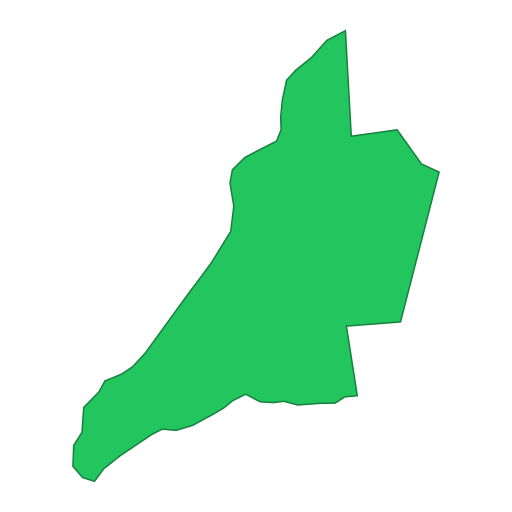 outline of Bernardino Batista, Paraíba, Brazil
{"feature_id": "56859067B48691162320269", "entity_name": "Bernardino Batista", "entity_type": "district", "adm_level": 2, "iso_a3": "BRA", "parent_name": "Brazil", "parent_adm1": "Paraíba", "projection": "natural_earth1", "projection_center": [-38.57, -6.476], "detail": "fine", "context": "isolated", "style": "filled", "palette": "green", "viewbox_px": 512, "rotation_deg": 0, "n_neighbors": 0, "source": "geoboundaries", "source_scale": "gbopen_adm2", "svg_char_len": 778}
<svg xmlns="http://www.w3.org/2000/svg" viewBox="0 0 512 512"><path d="M82.6,477.6L94.5,481.3L103.8,468.7L120.2,455.7L151.6,434.6L162.2,429.1L176.2,430.4L193.1,425.2L204.6,418.8L213.7,413.9L224.1,407.7L232.8,400.6L245.7,394.2L260.1,401.8L273.7,402.6L283.9,401.3L297.7,405.0L320.4,403.3L335.2,403.1L344.7,396.9L357.3,395.7L346.4,326.1L400.5,321.9L439.1,172.1L421.5,164.0L397.1,129.8L351.3,136.2L345.4,30.7L326.9,40.3L311.7,57.3L295.8,70.1L286.6,80.2L282.4,99.6L280.7,116.6L281.1,129.8L276.5,141.1L259.9,149.5L244.7,157.6L232.4,169.7L230.0,183.0L233.8,206.3L230.7,231.4L211.6,262.4L198.6,280.1L189.1,292.6L145.2,353.1L132.7,366.7L121.2,374.3L104.9,380.9L99.0,391.8L83.7,407.5L82.0,432.3L73.7,445.4L72.9,466.3L82.6,477.6Z" fill="#22c55e" stroke="#15803d" stroke-width="1.5"/></svg>